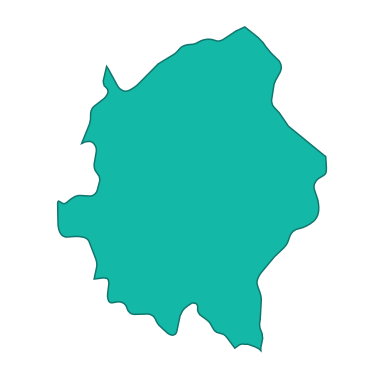 `Asir, Albers equal-area conic projection, rotated 357°
{"feature_id": "SAU-886", "entity_name": "`Asir", "entity_type": "Region", "adm_level": 1, "iso_a3": "SAU", "parent_name": "Saudi Arabia", "parent_adm1": "", "projection": "albers", "projection_center": [42.804, 19.207], "detail": "fine", "context": "isolated", "style": "filled", "palette": "teal", "viewbox_px": 384, "rotation_deg": 357, "n_neighbors": 0, "source": "natural_earth", "source_scale": "10m", "svg_char_len": 2983}
<svg xmlns="http://www.w3.org/2000/svg" viewBox="0 0 384 384"><g transform="rotate(357 192 192)"><path d="M252.5,354.1L250.8,352.2L247.1,350.0L240.7,347.3L239.2,346.9L236.3,346.8L234.7,346.4L232.7,346.7L230.8,347.4L226.6,350.2L219.3,339.2L217.8,337.3L216.0,335.8L209.3,333.4L207.7,332.1L206.4,330.4L203.5,324.6L202.3,322.7L200.1,320.5L193.4,315.0L192.0,312.6L191.4,310.4L191.7,306.6L191.2,304.9L190.1,303.5L186.7,302.8L186.0,303.0L182.0,305.3L178.3,308.0L176.8,309.6L175.6,311.4L173.6,315.0L169.6,330.1L168.9,331.9L167.6,333.3L166.0,333.9L164.3,333.9L162.3,333.1L160.2,331.7L152.0,323.3L150.5,321.0L149.5,318.9L148.8,317.0L147.7,315.0L146.1,313.3L143.6,312.0L141.5,311.5L127.8,311.2L125.8,310.7L124.0,309.7L122.1,307.5L121.3,305.6L120.2,302.2L119.6,301.3L118.3,299.8L116.0,298.5L114.0,297.9L112.1,297.8L106.2,298.5L104.5,298.1L103.1,296.7L102.4,294.2L102.2,292.1L102.3,290.0L104.2,279.0L104.1,277.2L103.8,275.5L102.9,274.0L99.5,273.1L89.7,273.8L92.8,262.2L93.2,259.6L93.1,257.2L92.6,254.4L86.7,236.3L85.8,234.5L84.3,233.0L82.6,232.0L80.9,231.4L77.2,230.6L73.4,230.3L63.9,230.4L62.2,229.9L60.5,228.9L59.1,227.4L58.1,225.6L57.4,223.7L56.9,221.8L56.5,218.0L57.2,196.6L57.5,195.0L58.2,194.1L59.6,194.8L61.1,195.9L62.8,196.9L64.5,196.9L66.1,196.1L70.5,192.8L74.4,190.6L76.3,190.0L78.2,189.6L80.1,189.6L89.7,190.7L90.9,190.7L92.2,190.4L93.8,189.7L95.4,188.5L96.7,186.9L97.5,185.1L100.5,175.8L100.5,173.6L100.0,171.3L96.3,165.1L95.9,163.3L95.6,160.9L95.8,158.7L98.5,146.8L98.7,144.9L98.6,143.1L98.0,141.1L97.0,139.3L95.7,137.7L94.7,136.9L93.4,136.4L91.8,136.1L88.1,136.3L84.3,137.8L93.1,119.0L94.4,114.4L94.9,107.9L95.6,105.4L96.9,103.0L98.8,101.2L109.0,94.1L110.8,92.4L112.8,89.6L113.4,87.3L113.1,85.2L112.0,83.5L109.9,81.3L109.3,78.6L109.2,76.2L113.3,62.1L114.9,64.8L123.6,82.9L125.0,84.7L126.7,86.2L128.4,87.2L130.3,87.9L132.8,87.7L135.6,86.8L140.3,84.2L143.2,82.1L165.0,62.3L182.0,53.1L184.4,51.1L187.7,47.8L189.8,46.3L192.2,45.3L195.3,44.7L200.6,44.5L201.9,44.3L203.7,43.8L208.8,41.5L211.6,40.7L215.3,40.2L217.7,40.4L220.0,40.8L225.5,42.7L228.0,42.5L230.9,41.5L244.4,33.5L253.4,29.9L266.0,41.1L270.8,46.6L273.5,51.0L278.6,57.8L285.8,65.6L286.9,67.8L287.5,69.8L287.6,71.4L287.6,73.2L287.6,73.6L286.9,75.4L286.2,77.1L281.2,85.1L279.6,88.6L276.3,104.3L276.3,106.6L277.0,109.4L278.3,111.6L283.3,117.5L291.7,131.3L325.9,162.4L327.4,163.5L327.5,175.0L327.2,178.0L326.6,180.1L325.8,181.2L324.4,182.3L318.7,185.4L316.7,187.2L314.6,190.5L314.1,192.9L314.1,195.1L317.3,206.7L317.7,210.8L317.8,214.0L317.5,217.4L316.9,220.0L316.1,222.2L315.0,224.0L313.7,225.8L312.1,227.4L308.3,230.0L304.3,232.0L300.5,233.4L294.5,234.7L292.5,235.6L290.5,237.0L288.6,239.1L287.4,241.3L285.4,246.2L284.4,248.1L283.4,249.7L280.7,252.6L270.9,261.0L257.0,276.0L254.7,279.0L253.0,282.3L252.2,284.9L252.2,287.2L253.1,291.2L254.4,295.2L255.3,299.0L255.6,302.8L253.4,323.2L252.6,326.8L252.6,329.3L252.8,331.5L254.6,337.1L254.9,342.0L252.5,351.2L252.5,354.1Z" fill="#14b8a6" stroke="#0f766e" stroke-width="1.5"/></g></svg>